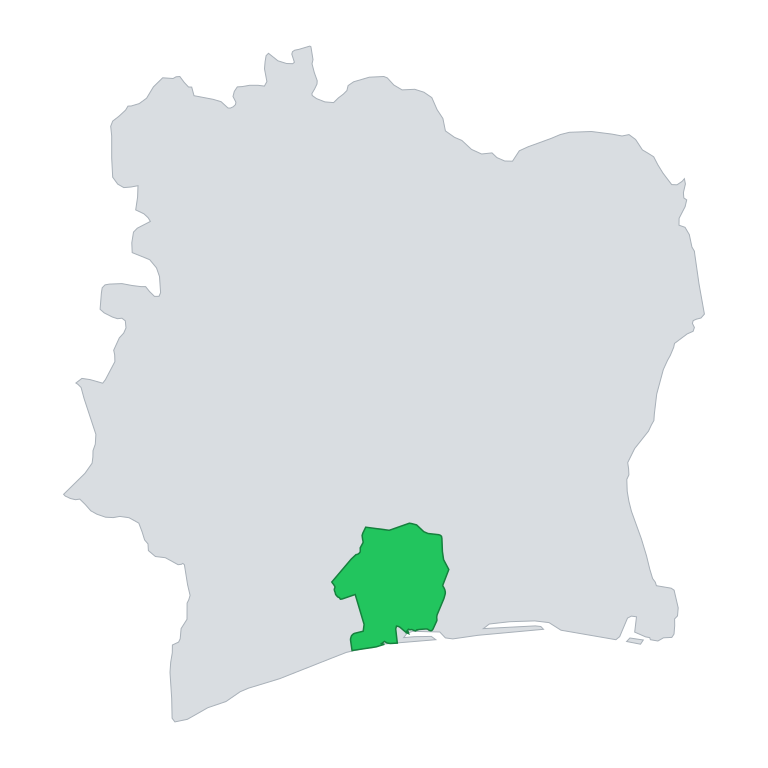 Sud-Bandama on a map of Ivory Coast (Mercator projection)
{"feature_id": "CIV-3447", "entity_name": "Sud-Bandama", "entity_type": "Department", "adm_level": 1, "iso_a3": "CIV", "parent_name": "Ivory Coast", "parent_adm1": "", "projection": "mercator", "projection_center": [-5.503, 5.631], "detail": "fine", "context": "in_parent", "style": "filled", "palette": "green", "viewbox_px": 768, "rotation_deg": 0, "n_neighbors": 0, "source": "natural_earth", "source_scale": "10m", "svg_char_len": 5244}
<svg xmlns="http://www.w3.org/2000/svg" viewBox="0 0 768 768"><path d="M128.0,106.1L131.2,106.0L139.2,103.6L146.6,98.2L153.4,86.9L162.7,77.8L173.1,78.5L176.1,76.8L179.8,76.5L184.2,82.4L188.5,87.0L191.7,87.1L194.0,95.7L213.0,99.3L221.1,101.7L228.0,108.0L230.3,108.1L233.2,106.8L235.5,104.6L235.9,102.2L233.0,96.5L234.3,91.4L237.3,86.9L242.2,86.6L249.6,85.3L258.1,85.3L264.4,86.1L266.9,81.6L264.5,68.8L265.1,61.7L266.1,55.7L268.5,53.3L277.9,60.8L286.5,63.5L292.7,63.7L294.4,62.3L291.8,54.1L292.5,51.7L294.7,50.2L298.8,49.4L309.8,46.1L310.9,46.7L313.0,59.6L312.0,63.8L314.3,72.6L317.2,80.7L317.0,84.0L314.6,89.0L311.9,93.6L312.2,95.5L316.5,98.6L324.9,101.9L333.6,102.6L338.4,97.9L343.4,94.1L346.9,90.6L348.1,85.6L353.6,81.8L369.3,77.2L383.8,76.5L387.3,77.9L393.8,85.0L402.1,89.9L414.7,89.3L423.9,92.2L431.8,97.6L437.1,109.7L442.9,118.5L445.4,130.9L454.6,137.4L461.8,140.4L471.5,149.4L481.6,154.0L492.0,152.9L496.9,157.6L504.7,161.0L512.5,161.2L519.3,150.8L528.3,146.7L551.2,138.4L560.2,134.6L569.4,132.3L591.4,131.5L611.9,134.1L622.0,136.0L629.0,134.6L635.6,139.5L642.4,149.9L648.0,153.2L653.7,156.8L657.9,164.9L662.9,173.0L665.6,176.6L671.7,184.6L677.0,184.8L682.2,181.3L684.4,178.7L685.4,184.0L683.4,192.6L683.8,197.9L686.7,199.9L685.1,206.7L679.1,218.3L679.0,225.2L685.0,227.3L689.3,234.6L691.9,247.0L694.4,251.2L694.7,253.8L699.0,283.9L704.4,314.1L701.0,318.0L696.3,319.2L693.2,320.6L692.4,323.4L694.4,327.5L693.1,331.3L687.2,333.9L674.5,343.4L673.7,347.3L670.3,355.4L667.5,360.4L663.3,369.6L656.7,394.1L654.3,414.3L653.9,420.5L651.4,424.9L648.5,431.1L634.7,448.5L627.7,462.6L628.6,468.8L628.9,474.9L626.8,479.4L627.2,491.3L628.9,501.3L631.4,511.2L641.4,538.9L646.5,555.8L649.8,569.3L652.6,578.5L655.3,582.2L656.4,585.7L671.2,588.2L674.1,590.2L678.2,607.9L677.5,615.9L674.6,618.9L674.7,625.7L674.0,634.1L671.8,637.4L663.5,637.8L657.9,641.0L650.4,639.7L649.7,637.6L645.7,636.9L634.7,632.1L636.5,616.8L631.4,616.1L627.5,618.1L619.7,636.6L615.9,639.7L561.0,630.2L549.0,622.6L534.7,620.9L509.8,621.7L489.3,624.0L483.4,628.6L535.3,625.9L540.8,626.5L543.5,629.3L477.9,635.3L452.8,638.9L445.4,637.9L439.8,632.0L412.6,631.3L407.0,633.3L403.7,637.6L414.4,636.7L431.3,636.4L435.8,639.7L382.9,644.1L346.3,652.4L330.7,658.5L279.6,678.7L248.4,688.2L240.2,691.7L226.0,701.5L207.8,707.7L187.4,719.3L174.9,721.9L172.1,718.2L171.7,698.6L170.0,672.4L170.7,662.3L172.3,652.8L172.4,645.0L178.6,642.1L180.2,638.8L181.1,628.6L187.0,619.3L187.1,603.1L188.8,599.7L190.1,595.4L187.6,584.8L184.4,564.7L182.8,563.4L181.4,564.3L178.1,564.7L165.3,557.7L155.4,556.5L148.4,550.6L148.0,543.9L144.6,539.9L142.2,532.1L138.8,523.1L129.0,517.7L119.8,516.4L113.3,517.6L105.6,517.2L96.9,514.2L90.8,510.8L85.1,504.3L79.8,499.1L75.5,499.7L70.4,498.5L65.3,496.1L63.6,494.3L84.9,473.4L92.1,463.2L92.9,457.0L93.0,450.7L95.3,444.2L95.9,434.4L84.1,398.6L81.1,387.5L77.9,384.3L75.9,383.0L81.9,378.4L90.1,379.6L102.7,383.2L105.4,379.7L114.9,361.6L114.7,354.9L113.7,350.2L119.3,337.9L123.7,333.1L126.0,327.9L125.3,320.8L121.9,318.2L117.5,318.7L112.3,317.0L104.2,312.9L100.1,309.3L101.4,292.9L102.2,287.8L105.0,284.9L109.4,284.1L121.9,283.6L132.0,285.5L140.8,286.6L145.6,286.6L149.4,291.4L154.5,296.4L159.0,296.3L160.6,292.7L159.5,276.5L156.5,267.9L149.7,259.7L132.2,252.6L131.8,242.8L133.5,232.1L137.3,228.2L150.4,221.4L148.1,217.7L143.9,213.8L135.7,209.9L137.6,197.1L138.0,185.7L131.0,187.0L123.8,187.6L117.7,184.1L112.7,177.2L111.7,158.1L111.7,136.0L110.7,126.3L112.7,121.1L118.9,116.3L125.6,110.1L128.0,106.1ZM643.3,640.0L640.5,644.2L626.6,641.5L629.9,638.0L643.3,640.0Z" fill="#d9dde1" stroke="#a8b0b8" stroke-width="1"/><path d="M397.3,643.1L390.2,643.5L387.1,643.0L384.4,641.4L381.5,643.6L383.7,644.2L384.4,644.3L376.1,646.9L352.8,650.4L352.1,650.6L352.0,650.3L350.5,639.8L350.6,638.6L351.1,636.9L351.4,636.0L351.8,635.4L352.9,634.3L353.7,633.7L354.7,633.3L363.2,631.2L364.1,624.4L355.2,594.5L342.1,599.0L340.4,599.2L340.1,598.8L339.8,598.2L339.4,597.7L338.3,597.2L337.7,596.9L337.3,596.5L336.8,595.9L336.2,595.2L335.9,594.8L335.6,594.4L335.1,592.2L334.9,591.8L334.7,591.3L334.5,590.8L334.3,589.7L334.3,589.1L334.5,588.6L334.7,588.1L334.9,587.6L334.9,586.5L333.8,584.8L333.5,584.3L333.0,583.7L332.5,583.1L331.8,582.0L351.2,559.1L356.0,554.6L356.8,554.5L357.8,554.2L359.2,553.2L359.8,552.5L360.2,551.8L360.3,549.8L360.2,547.9L363.1,542.5L363.1,541.6L362.6,539.3L362.1,535.5L362.8,533.2L365.7,527.2L389.2,530.3L409.4,523.2L411.7,523.6L416.6,524.9L423.8,531.7L428.0,533.5L438.8,534.7L440.4,535.3L441.5,536.3L441.9,538.5L442.4,551.5L443.6,559.7L448.8,569.5L443.0,584.6L442.8,585.5L442.9,586.0L443.1,586.5L443.7,587.3L444.6,589.2L444.8,589.7L445.3,591.9L445.3,593.3L445.0,594.7L443.9,598.6L437.2,614.6L436.9,615.7L436.8,616.5L436.7,617.2L436.9,619.7L436.9,620.4L436.7,621.0L433.0,629.1L432.5,629.8L432.1,630.2L431.7,630.6L431.1,630.7L430.3,630.7L429.2,630.3L427.7,629.2L426.7,629.0L425.3,629.0L418.7,629.5L417.7,630.0L417.5,629.7L416.9,629.7L415.7,630.9L413.8,630.4L411.8,629.5L410.3,629.7L409.6,629.7L408.5,629.2L407.9,629.7L407.8,630.7L408.2,632.0L407.9,631.8L406.7,631.3L406.8,632.4L406.7,632.7L407.6,632.4L407.8,632.8L408.2,633.4L406.5,632.7L405.4,631.9L399.9,627.2L399.0,626.7L397.8,626.3L396.5,626.1L395.7,628.9L397.3,643.1Z" fill="#22c55e" stroke="#15803d" stroke-width="1.5"/></svg>